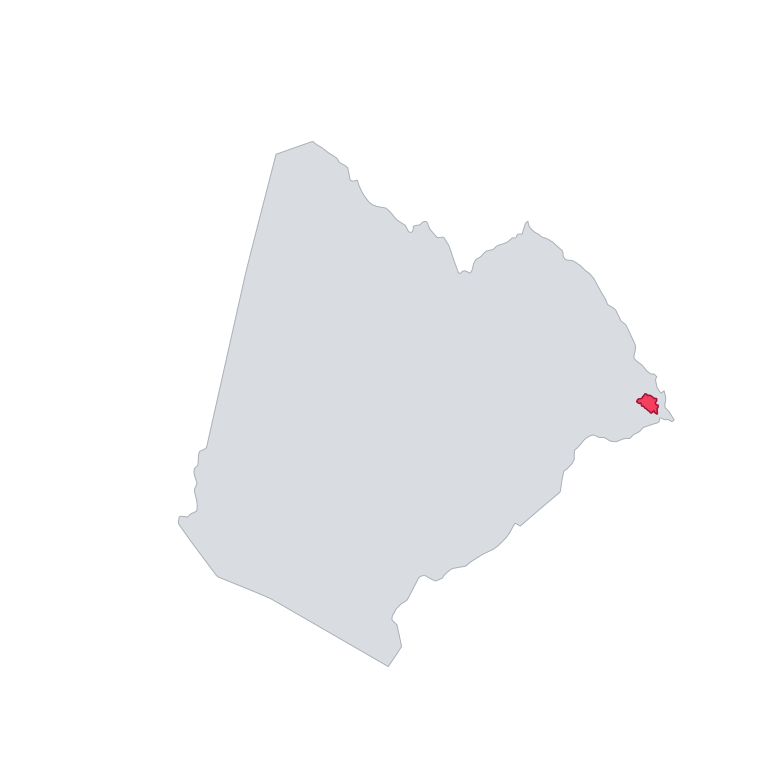 Guelma on a map of Algeria (orthographic projection), rotated 63°
{"feature_id": "DZA-2218", "entity_name": "Guelma", "entity_type": "Province", "adm_level": 1, "iso_a3": "DZA", "parent_name": "Algeria", "parent_adm1": "", "projection": "orthographic", "projection_center": [7.375, 36.384], "detail": "fine", "context": "in_parent", "style": "filled", "palette": "rose", "viewbox_px": 768, "rotation_deg": 63, "n_neighbors": 0, "source": "natural_earth", "source_scale": "10m", "svg_char_len": 5344}
<svg xmlns="http://www.w3.org/2000/svg" viewBox="0 0 768 768"><g transform="rotate(63 384 384)"><path d="M547.7,141.8L548.2,143.3L548.2,144.6L546.2,146.0L544.8,146.7L543.2,150.3L540.1,152.7L539.6,153.5L539.6,154.1L541.7,155.2L542.4,156.2L542.8,157.6L541.9,162.6L540.6,171.5L540.6,173.4L541.5,175.6L542.3,177.4L542.5,179.4L542.3,184.4L543.3,187.3L544.1,189.9L542.3,193.2L541.5,196.2L541.1,200.3L540.9,203.0L539.7,205.4L538.1,207.7L536.4,209.1L534.2,210.4L531.6,212.0L529.6,216.3L525.1,219.9L524.2,221.2L523.8,224.1L523.9,228.1L524.7,231.2L526.9,235.9L528.8,241.1L529.3,243.7L530.0,244.6L532.7,246.3L537.3,248.6L538.2,249.5L540.5,253.1L542.7,259.4L543.4,263.6L551.7,270.0L559.7,275.6L560.3,276.5L564.8,295.7L566.4,302.5L572.4,327.1L570.1,328.6L567.5,330.4L569.5,333.7L573.3,339.1L575.6,343.4L576.5,345.3L578.3,350.7L579.9,356.0L580.3,357.7L580.9,361.7L580.5,372.9L581.8,387.1L583.4,394.1L581.3,400.6L579.5,406.7L579.7,409.7L580.8,414.5L581.9,418.0L583.4,419.8L583.2,425.8L582.7,427.9L578.4,431.1L573.6,434.1L572.3,436.5L572.0,439.2L572.7,441.4L586.8,461.1L587.3,463.1L587.7,468.7L590.1,475.8L592.7,478.8L593.7,481.1L595.5,482.7L597.3,483.8L598.3,483.9L604.5,481.8L615.2,484.6L625.4,487.4L626.2,488.0L632.3,498.6L637.7,508.5L523.8,582.4L511.0,593.1L480.8,619.2L478.5,620.3L438.6,627.1L417.9,630.2L416.9,630.4L415.7,630.4L414.8,630.3L413.1,629.5L411.0,627.9L409.6,627.0L409.3,625.7L410.1,624.1L411.2,622.7L411.6,621.6L412.4,620.7L413.3,620.0L413.3,619.0L412.6,617.3L412.0,615.0L412.2,610.8L412.2,608.9L410.4,607.2L406.8,605.3L403.6,604.1L402.1,603.6L398.4,602.8L393.5,601.5L391.7,600.6L388.6,596.6L387.0,595.5L379.5,594.4L377.0,593.6L375.0,592.6L373.3,591.2L372.4,589.0L372.2,587.2L371.5,586.4L363.4,581.7L361.4,580.1L360.3,578.7L360.4,576.7L360.7,574.3L360.4,572.1L360.1,571.0L223.7,458.0L216.6,451.9L200.7,438.0L130.3,375.9L135.1,339.7L135.4,337.9L136.0,337.1L138.5,336.2L142.7,333.8L144.2,332.7L146.2,331.6L152.9,328.5L154.4,327.5L161.0,323.7L162.5,323.3L165.8,323.3L167.3,322.6L169.4,321.0L172.3,319.2L174.2,318.5L174.6,318.3L175.8,318.4L181.3,319.9L183.6,320.7L186.3,321.5L187.2,321.4L188.1,320.8L189.3,319.4L189.8,317.7L190.0,316.1L190.3,315.4L190.8,315.2L192.0,315.5L193.6,315.9L197.0,316.3L198.1,316.3L202.0,316.5L207.4,316.2L215.4,314.8L219.3,312.6L222.3,310.0L225.5,305.9L228.2,302.4L232.8,300.6L236.7,299.6L238.9,299.3L243.9,297.9L252.4,293.0L259.1,292.9L260.0,292.5L261.0,291.6L261.2,289.8L260.3,288.4L259.0,287.6L258.1,286.8L257.2,286.5L256.7,285.6L257.2,284.0L257.5,282.6L258.2,281.2L258.3,279.1L257.5,276.9L257.4,275.4L257.6,274.0L258.2,272.9L259.6,272.3L261.2,272.2L263.4,272.8L267.3,272.7L277.4,270.2L278.2,269.2L279.1,266.8L280.0,264.7L281.1,264.1L281.6,264.0L289.6,263.4L291.4,263.5L305.9,265.6L318.5,267.2L319.7,266.9L319.8,265.3L319.2,262.3L319.8,260.5L321.8,258.9L324.2,257.2L323.3,254.8L321.7,253.1L319.3,251.0L318.1,250.1L316.0,247.7L314.8,245.0L314.4,239.5L312.9,236.3L312.0,232.5L313.7,225.7L312.4,221.4L312.3,219.6L312.5,217.5L313.3,213.9L313.5,208.8L312.0,203.3L313.1,201.6L313.6,200.7L313.5,199.9L311.9,198.0L311.3,196.5L311.8,195.3L312.9,193.5L312.9,192.7L310.3,190.1L305.9,185.9L304.7,184.1L304.3,182.0L308.8,183.0L311.1,183.0L316.7,181.0L321.3,178.1L324.7,176.7L327.9,173.3L330.8,171.3L334.8,169.1L346.2,164.7L347.9,164.8L351.4,166.3L354.5,166.2L356.8,164.5L359.5,160.1L363.2,157.7L367.9,155.2L374.2,153.1L378.4,150.9L384.9,149.2L400.9,148.8L409.1,148.1L414.7,148.7L420.5,145.1L423.3,144.0L435.5,144.2L441.3,141.6L463.0,142.3L465.6,143.3L468.2,144.9L472.5,148.6L474.7,149.5L477.6,148.8L484.4,145.5L491.9,143.8L496.1,141.8L497.8,138.8L501.4,137.7L503.3,140.1L511.1,142.4L515.9,141.8L518.0,141.1L517.2,137.6L522.3,138.6L526.2,140.2L530.3,143.5L532.9,144.2L537.7,142.6L547.7,141.8Z" fill="#d9dde1" stroke="#a8b0b8" stroke-width="1"/><path d="M512.9,163.6L513.5,162.5L513.6,162.0L513.7,161.3L513.7,160.3L513.5,160.0L513.4,159.8L513.1,159.7L512.9,159.6L512.7,159.3L512.7,159.0L512.7,158.5L512.7,158.2L512.2,157.8L512.0,157.6L511.9,157.2L511.8,156.8L511.5,156.1L511.3,155.9L511.8,155.0L512.3,154.7L514.1,154.2L514.3,154.1L514.4,153.9L514.3,153.6L514.2,153.5L514.2,153.2L514.4,152.8L515.0,152.1L515.4,151.7L517.9,150.4L518.6,150.1L519.1,150.0L519.5,150.0L519.7,149.9L519.8,149.7L519.9,149.0L520.0,148.7L520.2,148.4L520.4,148.2L520.9,147.9L521.2,147.8L522.8,148.7L523.0,149.0L523.2,149.4L523.2,150.0L523.3,150.2L523.4,150.4L523.7,150.4L523.9,150.5L524.2,150.7L524.6,150.9L524.9,150.9L525.2,151.0L525.9,150.9L526.1,150.8L526.3,150.7L526.5,150.5L526.7,150.3L527.1,149.5L528.2,149.7L528.4,149.8L529.2,150.5L529.4,150.8L529.6,151.1L529.7,151.5L529.9,151.8L530.2,152.0L534.2,153.7L534.4,153.8L534.5,153.9L534.5,154.0L534.7,154.5L532.1,155.9L531.5,156.0L530.6,155.7L530.4,155.7L530.4,155.9L530.7,156.7L530.7,157.0L530.8,157.5L530.9,157.8L531.2,158.2L531.3,158.6L531.2,159.2L530.8,159.5L530.4,159.7L530.0,159.8L529.3,159.8L527.0,161.0L524.8,161.7L524.6,161.9L524.3,162.4L524.0,162.5L523.7,162.6L523.3,162.6L521.8,162.9L521.5,163.1L521.3,163.4L521.0,164.0L520.9,164.2L520.6,164.3L520.4,164.4L519.9,164.4L519.1,164.0L518.0,163.9L517.6,163.9L517.4,164.1L517.3,164.4L517.3,165.2L517.0,165.7L516.5,166.0L515.6,166.5L515.0,166.7L514.4,166.8L514.1,166.6L514.0,166.4L513.9,166.2L513.8,165.9L513.6,165.7L513.3,165.5L513.2,165.2L513.0,164.8L513.0,164.4L512.9,163.9L512.9,163.6Z" fill="#f43f5e" stroke="#9f1239" stroke-width="1.5"/></g></svg>